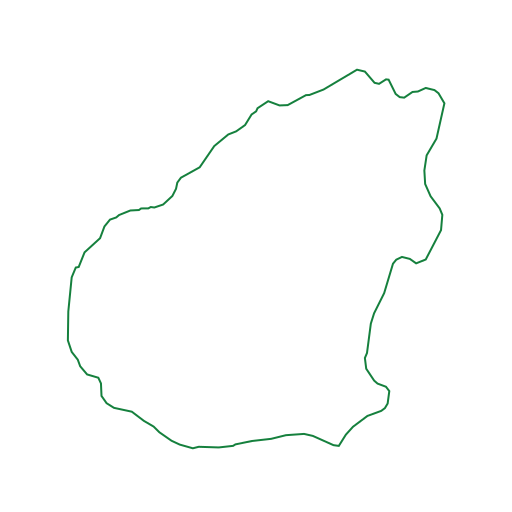 the district of San Diego, Zacapa, Guatemala, rotated 99°
{"feature_id": "79465075B11427655280903", "entity_name": "San Diego", "entity_type": "district", "adm_level": 2, "iso_a3": "GTM", "parent_name": "Guatemala", "parent_adm1": "Zacapa", "projection": "albers", "projection_center": [-89.764, 14.795], "detail": "fine", "context": "isolated", "style": "outline", "palette": "green", "viewbox_px": 512, "rotation_deg": 99, "n_neighbors": 0, "source": "geoboundaries", "source_scale": "gbopen_adm2", "svg_char_len": 1445}
<svg xmlns="http://www.w3.org/2000/svg" viewBox="0 0 512 512"><g transform="rotate(99 256 256)"><path d="M75.7,93.8L66.7,101.2L64.2,105.7L63.5,114.7L68.2,121.8L69.5,127.1L76.4,134.4L76.6,138.9L74.1,143.4L61.1,152.6L61.2,155.2L66.7,161.4L66.4,166.0L56.8,177.3L56.2,185.4L81.0,215.3L88.6,228.4L89.3,231.8L102.0,248.3L103.6,256.3L101.2,268.2L109.8,277.6L113.1,278.5L116.9,282.5L128.4,287.3L136.0,295.1L140.3,302.4L153.9,314.4L177.2,325.5L190.4,342.4L195.8,345.2L202.1,345.5L209.8,348.0L219.7,355.8L224.0,364.0L224.1,367.6L225.8,369.8L227.0,376.9L228.9,378.8L230.7,387.2L236.9,397.6L239.8,400.1L242.9,405.9L250.5,410.3L262.8,412.8L279.2,425.9L294.6,429.4L295.6,432.2L305.9,434.7L340.2,432.7L368.8,428.6L379.6,423.0L386.3,415.8L392.4,412.4L399.4,404.3L400.9,392.7L406.1,389.2L418.4,386.7L424.8,380.5L428.2,372.5L429.2,354.3L436.4,340.9L440.5,330.4L445.2,323.9L451.7,310.5L454.2,301.8L455.8,288.3L453.4,282.7L450.9,262.8L447.1,248.9L445.3,246.9L439.4,231.2L434.2,212.4L428.3,198.4L424.2,180.7L424.8,171.7L430.7,149.9L430.6,144.5L418.4,139.3L409.5,133.5L396.5,120.9L389.4,108.1L386.1,104.9L381.1,102.9L368.6,103.2L364.8,107.2L363.0,116.0L360.6,119.8L350.1,129.5L339.7,132.5L334.5,131.2L304.8,132.0L294.1,130.4L272.6,123.6L242.2,119.5L237.7,116.9L234.1,111.7L234.8,103.6L238.2,96.7L232.9,87.8L201.5,77.3L186.2,78.4L180.3,82.0L169.7,92.9L158.4,100.2L145.2,103.1L129.9,103.2L111.8,96.1L75.7,93.8Z" fill="none" stroke="#15803d" stroke-width="2"/></g></svg>